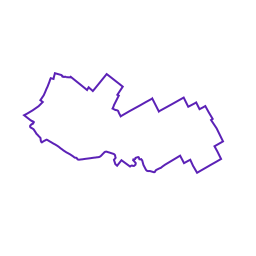 Lisa, Teleorman, Romania (Equal Earth projection), rotated 130°
{"feature_id": "2599482B42083159731508", "entity_name": "Lisa", "entity_type": "district", "adm_level": 2, "iso_a3": "ROU", "parent_name": "Romania", "parent_adm1": "Teleorman", "projection": "equal_earth", "projection_center": [25.161, 43.763], "detail": "fine", "context": "isolated", "style": "outline", "palette": "violet", "viewbox_px": 256, "rotation_deg": 130, "n_neighbors": 0, "source": "geoboundaries", "source_scale": "gbopen_adm2", "svg_char_len": 5087}
<svg xmlns="http://www.w3.org/2000/svg" viewBox="0 0 256 256"><g transform="rotate(130 128 128)"><path d="M161.4,118.3L163.8,114.5L163.9,112.1L156.9,112.3L156.2,101.7L155.7,101.6L154.6,101.2L154.1,100.7L153.8,99.7L153.1,99.0L151.3,98.7L149.9,99.5L149.4,102.5L149.4,103.3L148.6,103.7L147.9,102.9L147.4,102.6L146.0,103.0L143.7,101.5L143.6,100.8L144.6,99.2L144.2,98.4L143.4,97.9L143.7,96.3L146.4,92.4L148.5,87.3L148.6,86.0L148.1,84.9L146.9,83.6L145.2,79.7L144.9,79.4L144.5,79.2L142.7,79.5L142.0,79.4L138.3,77.8L137.7,77.3L136.7,77.1L135.7,76.9L135.2,76.8L132.2,76.0L120.4,71.9L115.7,70.3L118.9,62.5L115.0,61.0L112.3,59.9L115.3,53.6L115.6,52.6L115.9,51.8L117.9,46.3L113.7,44.8L104.7,41.5L103.8,41.2L96.6,38.5L91.9,36.8L90.1,40.9L88.6,44.3L86.4,50.0L77.2,46.6L71.3,59.9L68.5,69.5L66.6,69.0L64.1,76.2L61.5,82.9L63.7,83.7L67.6,85.3L64.6,92.2L66.1,92.7L73.0,95.5L71.8,98.3L68.9,104.9L81.9,109.8L95.3,115.0L95.5,115.0L92.6,121.8L92.3,122.5L89.8,128.4L90.0,128.4L95.4,130.5L96.1,130.8L96.9,131.1L102.9,133.3L105.2,134.2L108.0,135.3L114.2,137.7L122.5,140.7L123.8,141.1L123.3,142.2L122.9,143.1L122.8,143.5L122.3,144.6L122.1,145.1L121.9,145.4L121.7,145.7L121.3,146.5L121.3,146.9L121.3,147.2L121.5,147.8L121.6,148.1L121.7,148.3L121.8,148.4L121.9,148.6L122.1,148.9L122.2,149.1L122.3,149.2L122.3,149.5L122.5,149.9L122.5,150.2L122.6,150.5L122.8,151.2L122.9,152.0L123.0,152.3L122.5,152.4L122.0,152.6L121.8,152.6L121.5,152.7L121.2,152.8L120.7,153.0L120.3,153.1L119.8,153.3L119.5,153.5L119.3,153.5L109.1,155.9L109.4,157.5L99.7,158.6L99.7,158.9L100.2,174.3L100.4,179.0L119.3,178.7L121.7,178.7L122.3,178.7L122.2,180.5L122.2,182.6L122.1,183.9L122.1,184.3L124.6,183.9L125.2,183.8L125.3,190.0L125.6,204.2L125.6,204.6L125.9,204.6L125.9,204.9L126.0,204.9L126.2,205.0L126.4,205.1L126.5,205.1L126.8,205.4L126.9,205.5L127.2,205.9L127.5,206.3L128.0,207.0L128.4,207.5L128.8,208.0L128.8,207.9L128.8,208.0L128.9,208.8L129.1,209.0L129.3,209.3L129.5,209.5L129.8,209.6L130.1,210.0L130.4,210.4L130.5,210.6L130.5,210.8L130.7,211.2L130.8,211.3L130.8,211.5L130.7,211.6L130.4,211.6L130.2,211.8L130.2,212.1L130.3,212.4L130.3,212.7L130.3,212.9L130.3,213.2L133.0,219.2L133.8,218.8L136.0,217.8L138.3,216.6L138.9,217.9L139.5,219.2L140.9,218.8L143.1,217.9L148.1,216.2L150.5,215.6L153.6,214.6L157.1,213.6L163.0,213.0L162.9,210.0L168.8,210.5L175.8,212.4L181.8,214.5L185.0,215.8L184.7,208.3L184.6,207.8L184.7,207.7L184.7,207.4L184.6,207.0L184.6,206.9L184.5,206.7L184.5,206.3L184.5,206.1L184.4,205.8L184.3,205.3L184.1,205.3L184.0,204.8L184.0,204.6L183.9,204.1L184.0,203.9L184.6,203.8L184.8,203.7L185.1,203.7L185.5,203.7L185.8,203.6L186.0,203.6L186.2,203.8L186.3,204.0L186.5,204.0L186.8,204.1L187.0,204.1L187.2,204.3L187.4,204.3L187.8,204.3L188.4,204.4L188.8,204.4L189.0,204.4L189.3,204.3L189.4,204.2L189.5,204.2L189.9,203.8L190.0,203.7L190.1,203.4L190.2,203.2L190.2,202.8L190.1,202.6L190.1,202.3L190.0,202.2L190.0,201.8L189.9,201.6L189.9,201.2L189.8,200.8L189.8,200.6L189.7,200.1L189.7,199.8L189.7,199.4L189.8,199.2L189.9,198.8L189.9,198.6L190.0,198.5L190.1,198.2L190.2,197.7L190.4,197.3L190.4,197.0L190.5,196.8L190.6,196.4L190.8,195.8L191.0,195.3L191.0,195.1L191.1,194.9L191.2,194.5L191.3,194.4L191.3,194.0L191.4,193.2L191.4,192.5L191.6,191.6L191.7,190.6L191.7,190.1L191.8,189.5L191.9,188.9L191.9,188.7L192.0,188.6L192.1,188.4L192.3,188.2L192.8,187.7L193.3,187.2L193.7,186.7L193.9,186.5L194.0,186.3L194.1,186.0L194.3,185.7L194.4,185.3L194.5,185.1L194.5,184.9L194.3,184.7L194.2,184.7L193.8,184.6L193.5,184.5L193.1,184.4L192.2,184.1L191.4,183.8L191.0,183.6L190.3,183.3L190.0,183.2L189.3,182.9L189.2,182.7L189.0,182.1L188.8,180.7L188.6,179.5L188.5,178.8L188.3,177.9L188.1,176.5L188.0,175.8L187.8,174.8L187.7,174.2L187.5,173.5L187.4,172.8L187.3,172.3L187.3,172.1L187.2,171.4L187.0,170.4L187.0,169.6L186.9,169.0L186.9,168.6L186.9,168.0L186.9,166.8L186.8,165.4L186.7,164.5L186.7,163.9L186.7,163.3L186.6,162.6L186.6,162.1L186.5,161.7L186.4,160.7L186.3,159.8L186.1,158.8L186.0,158.3L185.9,158.1L185.8,157.3L185.7,156.9L185.6,156.4L185.4,155.3L185.3,154.4L185.1,152.6L185.0,151.6L185.0,150.9L185.0,150.7L184.9,149.7L184.7,149.3L184.3,148.9L184.1,148.5L184.0,148.3L184.0,148.2L184.0,147.9L184.1,147.6L184.2,147.3L184.3,147.0L184.3,146.8L184.4,146.6L184.4,146.3L184.2,145.9L184.0,145.5L183.9,145.3L183.6,145.0L183.2,144.6L182.5,144.0L182.0,143.5L181.6,143.1L181.3,142.8L180.7,142.3L179.1,140.9L177.6,139.5L175.0,137.1L174.4,136.6L172.4,134.8L171.4,133.8L170.3,132.9L170.2,132.8L170.1,132.6L169.8,132.3L169.5,132.1L169.3,131.9L169.1,131.7L168.8,131.5L168.5,131.3L168.3,131.2L168.0,131.1L167.5,131.0L167.2,130.9L166.9,130.8L166.7,130.8L166.2,130.8L165.8,130.7L164.9,130.7L163.7,130.6L162.8,130.5L161.9,130.5L161.6,130.4L161.3,130.3L161.1,130.3L160.8,130.1L160.6,129.9L160.3,129.7L160.2,129.6L160.0,129.4L159.9,129.1L159.8,128.9L159.6,128.5L159.4,127.9L159.0,127.0L158.7,126.4L158.5,125.8L157.6,123.6L157.4,123.1L157.1,122.4L157.1,122.2L157.0,121.8L157.0,121.5L157.0,121.2L157.1,120.7L157.3,120.3L157.5,120.1L157.6,119.9L157.9,119.6L158.2,119.2L158.4,118.9L158.7,118.4L158.9,118.3L161.4,118.3Z" fill="none" stroke="#5b21b6" stroke-width="2"/></g></svg>